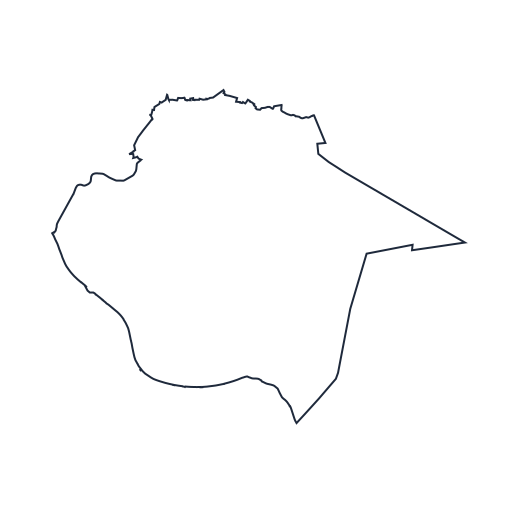 the district of Weert, Limburg, Netherlands, rotated 188°
{"feature_id": "6326949B44832169165427", "entity_name": "Weert", "entity_type": "district", "adm_level": 2, "iso_a3": "NLD", "parent_name": "Netherlands", "parent_adm1": "Limburg", "projection": "mercator", "projection_center": [5.712, 51.235], "detail": "fine", "context": "isolated", "style": "outline", "palette": "slate", "viewbox_px": 512, "rotation_deg": 188, "n_neighbors": 0, "source": "geoboundaries", "source_scale": "gbopen_adm2", "svg_char_len": 5941}
<svg xmlns="http://www.w3.org/2000/svg" viewBox="0 0 512 512"><g transform="rotate(188 256 256)"><path d="M192.6,96.2L184.1,108.5L173.9,123.5L159.8,145.5L158.5,151.7L158.0,162.1L155.3,216.8L146.8,273.7L102.5,288.9L102.3,283.4L82.0,289.3L61.3,295.4L51.0,298.4L68.4,305.5L179.3,351.0L197.1,359.2L208.5,365.8L210.9,375.7L203.0,377.6L218.1,403.3L218.4,403.2L218.9,403.3L219.8,402.5L220.1,402.5L220.6,402.2L222.0,401.1L222.5,400.8L223.1,400.4L223.4,400.3L223.8,400.3L224.6,400.4L224.9,400.4L225.3,400.5L225.7,400.5L226.7,400.0L227.0,399.8L227.5,399.6L227.8,399.4L228.9,398.9L229.5,398.8L229.8,398.8L231.3,399.1L231.7,399.4L232.2,399.7L232.8,399.9L233.6,399.9L235.4,400.0L235.9,399.8L236.3,399.9L236.9,400.4L237.3,400.6L237.7,400.7L238.3,400.8L239.0,400.9L239.5,400.7L240.0,400.4L241.0,400.2L241.7,400.3L243.8,400.7L244.3,400.8L245.8,401.2L246.8,401.6L247.9,402.1L249.1,402.4L250.1,402.9L250.9,403.4L251.1,403.6L251.4,404.2L251.4,404.8L251.5,405.2L251.4,405.6L251.5,406.4L251.6,407.8L251.6,408.8L251.7,409.1L258.9,406.8L259.6,404.3L259.7,404.2L259.8,404.1L260.1,404.1L260.3,404.2L263.2,405.5L265.3,405.2L267.7,404.0L271.1,403.2L272.3,401.4L275.1,401.3L275.6,401.4L277.0,402.3L276.8,403.5L278.7,404.7L279.0,405.0L279.4,405.6L278.9,406.2L279.4,406.5L280.0,406.7L281.0,407.3L281.7,407.6L282.6,407.8L283.6,408.1L283.7,408.7L285.8,409.6L287.0,407.1L287.8,405.6L288.6,405.8L289.8,406.4L290.0,406.3L290.4,406.6L291.1,405.5L293.2,405.7L293.2,406.2L297.2,406.0L296.7,409.8L304.4,410.9L308.9,411.1L308.8,411.7L310.8,412.8L310.1,414.1L311.3,415.8L320.6,406.9L323.7,406.1L324.0,405.7L325.7,404.8L326.8,404.8L326.6,404.3L330.1,403.4L333.8,403.9L334.0,402.8L337.8,402.2L337.8,402.3L338.7,402.2L338.7,401.8L340.1,401.8L340.3,403.6L343.0,402.7L342.5,401.1L343.5,401.0L345.8,400.9L346.0,400.4L346.9,400.6L347.1,400.7L347.6,400.6L347.8,400.7L347.9,400.8L348.7,402.6L348.8,402.7L348.9,402.8L350.3,402.3L352.1,401.9L355.1,401.7L355.7,399.1L355.8,399.0L359.8,399.1L360.5,399.1L363.4,398.6L363.6,398.5L363.8,398.3L363.8,398.1L364.3,398.8L364.5,399.0L366.3,403.2L366.5,403.3L367.2,398.0L369.4,396.1L370.8,394.8L372.6,395.2L372.9,393.1L377.2,389.5L377.2,389.4L377.3,389.3L377.3,386.4L378.9,386.4L378.9,384.9L379.0,383.9L379.2,382.3L379.4,381.0L380.4,381.0L380.4,380.9L380.2,380.8L379.6,380.3L378.8,379.2L377.9,377.9L377.7,377.6L377.8,377.4L377.6,376.9L378.4,376.0L378.5,376.2L379.6,374.2L385.1,364.9L387.5,360.5L389.3,357.3L392.1,348.7L390.4,344.0L391.9,342.8L391.8,342.4L395.8,339.2L392.3,340.0L391.8,339.9L391.0,337.1L391.2,336.0L388.7,337.0L388.0,337.3L387.4,337.8L385.9,336.2L385.5,336.0L383.1,335.4L383.7,334.8L383.7,334.5L386.1,332.0L386.5,331.4L386.7,331.0L386.8,330.5L386.8,330.0L386.6,325.2L386.7,324.5L386.7,323.8L386.9,323.1L388.2,320.0L388.4,319.6L388.6,319.3L388.8,319.0L389.6,318.2L396.6,312.8L397.1,312.5L397.6,312.2L398.2,312.1L404.5,311.3L405.1,311.3L405.6,311.4L408.9,312.3L411.9,313.2L412.7,313.5L415.1,314.6L418.2,315.9L418.8,316.0L419.4,316.1L422.9,315.9L423.6,315.8L424.6,315.8L425.3,315.7L426.0,315.6L426.6,315.4L427.3,315.2L427.9,314.9L428.4,314.6L428.9,314.3L429.2,313.9L429.6,313.4L429.8,312.9L430.0,312.3L430.2,311.8L430.2,311.2L430.2,310.6L430.1,307.8L430.1,307.3L430.2,306.8L430.3,306.4L430.5,305.9L430.8,305.4L431.6,304.4L432.1,303.9L434.0,302.6L434.9,302.1L435.4,301.9L435.9,301.8L436.4,301.8L436.9,301.8L438.6,302.2L439.2,302.2L439.8,302.2L440.3,302.1L440.9,302.0L441.9,301.5L442.3,301.3L442.6,301.0L442.9,300.7L443.2,300.1L443.5,299.4L443.8,298.8L444.0,298.1L444.1,297.7L445.4,291.9L445.5,291.9L445.7,291.4L456.6,262.9L457.3,260.8L457.4,260.4L457.5,260.1L457.6,258.8L457.5,257.5L457.5,256.6L457.7,255.4L457.9,253.2L458.9,251.5L459.1,251.1L459.3,251.1L459.5,251.4L461.0,250.2L460.7,249.8L459.5,248.3L458.8,247.3L457.9,245.8L457.2,244.6L454.4,240.5L453.2,238.3L451.6,235.1L450.7,233.6L450.5,233.2L448.6,229.8L448.0,228.5L447.2,227.0L443.9,221.6L442.2,219.3L440.6,217.6L439.7,216.6L438.3,215.2L437.6,214.5L436.5,213.5L434.4,211.7L432.8,210.4L431.9,209.8L429.4,208.0L425.6,205.6L425.4,205.7L424.2,204.9L421.4,203.2L420.6,202.7L420.1,202.2L420.3,202.1L420.7,202.0L418.0,198.3L415.5,196.7L412.1,197.2L410.6,196.6L410.1,196.3L409.9,196.1L409.5,195.6L409.3,195.7L401.9,191.3L402.0,191.2L398.2,188.9L397.6,188.3L395.4,187.3L394.4,186.7L387.8,182.6L385.5,181.2L384.4,180.4L383.2,179.5L381.6,178.2L379.8,176.5L378.3,174.9L378.2,174.5L377.5,173.7L376.0,171.9L375.1,170.6L373.9,168.8L372.5,166.6L372.1,165.6L371.6,164.5L370.9,162.7L368.3,155.4L367.9,154.6L367.8,154.1L367.1,152.4L366.5,150.6L365.7,148.1L364.8,145.6L363.5,142.0L362.3,138.9L361.1,136.5L360.7,135.8L359.9,134.8L358.5,132.9L358.2,132.7L358.1,132.4L357.5,131.6L357.3,131.2L356.2,130.0L354.2,128.1L354.8,127.2L354.3,126.7L353.5,127.4L352.7,126.6L351.6,125.7L350.5,124.9L349.4,124.1L344.6,121.8L343.4,121.2L341.0,120.2L339.7,119.8L337.1,119.2L334.5,118.7L332.0,118.3L328.1,117.7L324.2,117.3L320.2,117.0L320.2,116.8L318.6,116.7L318.5,116.9L314.9,116.8L312.4,116.8L310.7,116.8L310.4,116.6L308.5,116.6L308.1,116.4L307.7,116.9L304.6,117.1L302.2,117.3L298.7,117.7L296.3,118.0L292.6,118.6L292.6,118.3L290.8,118.6L290.8,118.8L290.7,118.9L286.5,119.8L284.3,120.4L280.2,121.5L277.7,122.2L273.9,123.5L271.4,124.4L269.7,124.9L269.7,125.1L265.4,126.9L260.7,129.1L257.2,130.9L252.7,133.5L251.5,134.0L250.4,134.6L249.2,135.1L248.0,135.5L245.5,134.8L245.1,134.8L243.5,134.4L242.7,134.3L242.0,134.3L240.6,134.4L239.4,134.6L238.1,134.7L236.8,134.7L235.8,134.5L235.3,134.2L234.3,133.9L233.4,133.5L233.3,133.4L233.2,133.1L233.1,132.9L232.6,132.5L231.3,132.2L228.6,131.3L227.2,131.0L225.9,130.9L223.3,130.7L222.0,130.5L220.8,130.3L219.7,129.9L216.1,127.7L214.9,125.9L213.5,123.7L211.2,120.5L210.6,119.7L209.5,118.9L209.2,118.7L208.4,118.2L207.3,117.6L206.2,116.8L205.2,116.0L204.3,115.1L203.4,114.1L202.5,113.1L201.6,112.0L201.6,111.7L201.4,111.6L201.2,111.8L200.7,111.1L200.1,110.0L199.5,108.8L195.3,100.2L194.7,99.1L194.0,98.0L193.2,97.0L192.6,96.2Z" fill="none" stroke="#1e293b" stroke-width="2"/></g></svg>